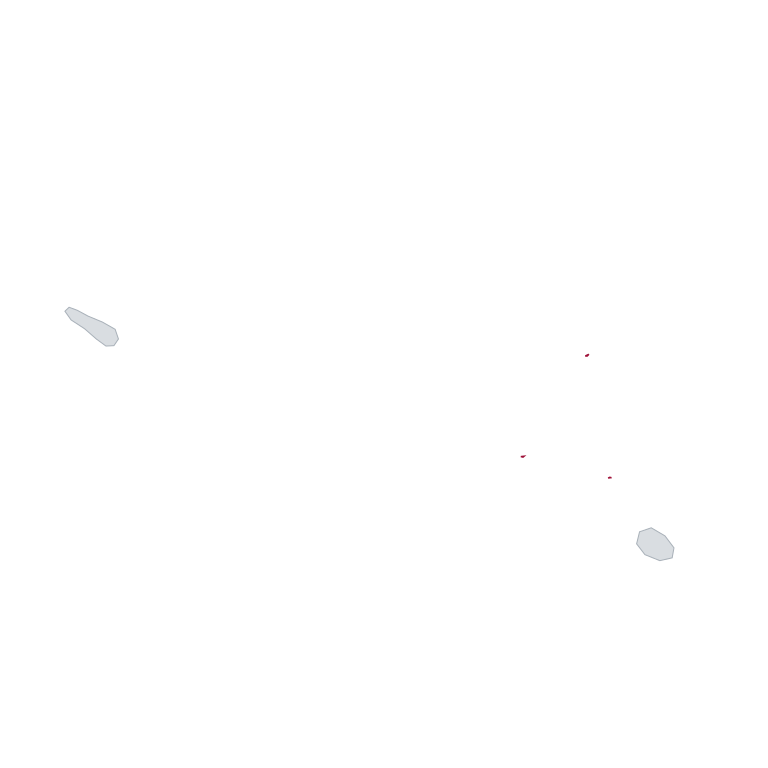 Maldives, with Vaavu highlighted, rotated 287°
{"feature_id": "MDV-5235", "entity_name": "Vaavu", "entity_type": "Atoll", "adm_level": 1, "iso_a3": "MDV", "parent_name": "Maldives", "parent_adm1": "", "projection": "equal_earth", "projection_center": [73.599, 3.429], "detail": "fine", "context": "in_parent", "style": "filled", "palette": "rose", "viewbox_px": 768, "rotation_deg": 287, "n_neighbors": 0, "source": "natural_earth", "source_scale": "10m", "svg_char_len": 720}
<svg xmlns="http://www.w3.org/2000/svg" viewBox="0 0 768 768"><g transform="rotate(287 384 384)"><path d="M357.7,110.9L349.4,116.9L341.7,114.5L339.0,107.0L342.9,95.8L349.3,81.5L353.8,66.0L360.3,57.6L365.3,60.4L364.8,69.2L362.4,81.1L360.9,96.6L357.7,110.9ZM312.1,709.2L302.0,710.4L295.7,699.4L297.1,683.4L305.0,672.3L317.4,671.6L324.6,681.6L320.9,697.1L312.1,709.2Z" fill="#d9dde1" stroke="#a8b0b8" stroke-width="1"/><path d="M469.7,568.2L469.7,568.3L472.3,571.2L471.4,570.8L470.1,570.1L470.0,569.8L469.7,568.2ZM354.6,536.1L355.9,539.1L354.8,538.4L354.7,538.3L354.6,536.1ZM359.6,625.8L360.1,626.4L360.8,627.2L360.8,627.3L360.9,628.8L361.0,628.9L359.6,625.8Z" fill="#f43f5e" stroke="#9f1239" stroke-width="1.5"/></g></svg>